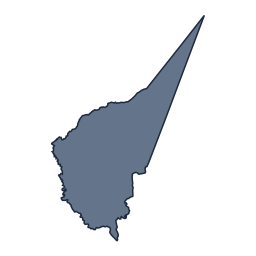 Mathira, Central, Kenya
{"feature_id": "3690345B12350857551286", "entity_name": "Mathira", "entity_type": "district", "adm_level": 2, "iso_a3": "KEN", "parent_name": "Kenya", "parent_adm1": "Central", "projection": "mercator", "projection_center": [37.111, -0.356], "detail": "fine", "context": "isolated", "style": "filled", "palette": "slate", "viewbox_px": 256, "rotation_deg": 0, "n_neighbors": 0, "source": "geoboundaries", "source_scale": "gbopen_adm2", "svg_char_len": 5814}
<svg xmlns="http://www.w3.org/2000/svg" viewBox="0 0 256 256"><path d="M52.2,151.7L52.8,152.1L53.1,153.2L53.6,153.4L53.7,154.1L54.3,154.4L54.4,155.0L54.1,155.5L54.4,156.3L55.2,155.9L55.5,156.4L54.9,156.8L56.3,157.2L56.4,157.8L56.0,158.2L56.1,158.7L56.5,158.4L56.9,158.5L57.8,159.5L58.1,160.1L57.4,160.9L57.8,161.1L57.4,161.5L58.0,162.2L58.3,163.1L58.1,163.7L58.3,164.3L58.7,164.5L59.2,164.3L60.4,164.4L60.3,165.1L60.0,165.9L60.8,166.3L61.3,166.5L61.8,166.9L61.1,168.2L61.3,168.6L61.2,169.3L61.6,170.0L62.2,170.7L62.2,171.2L62.4,172.2L62.5,172.8L62.5,173.4L62.4,174.0L61.9,173.6L61.0,173.5L60.6,174.0L60.3,174.6L59.9,175.0L59.4,175.1L59.0,174.8L58.7,175.2L59.1,175.6L59.1,176.1L59.3,176.5L60.2,177.6L60.8,179.1L61.9,179.5L62.2,179.7L62.5,180.2L62.6,180.8L62.2,181.1L61.7,181.1L61.9,181.5L63.1,183.0L63.2,183.5L63.1,184.9L62.6,185.3L63.2,185.7L63.7,185.7L64.5,186.9L64.4,187.4L63.6,188.1L63.0,188.3L62.4,188.6L62.1,189.4L62.1,189.9L62.5,190.3L63.2,190.7L63.9,190.7L64.5,190.6L64.8,190.2L65.0,189.5L65.3,189.1L65.8,189.2L66.0,190.0L66.0,190.6L65.4,190.7L64.8,191.3L64.5,191.8L64.1,192.1L63.5,192.9L63.2,193.3L63.1,193.7L62.8,194.2L62.9,194.7L63.3,195.0L64.1,194.5L64.5,194.7L64.6,195.3L64.2,195.8L64.0,196.8L61.3,197.8L61.3,198.5L62.1,199.9L62.5,200.3L62.9,200.4L64.0,200.3L64.6,200.4L65.3,200.4L66.7,199.8L67.8,200.0L67.0,201.7L67.3,202.1L67.8,202.6L68.8,202.8L69.7,203.6L70.0,204.0L70.2,204.5L70.8,204.8L71.1,205.2L71.1,205.8L71.2,206.6L71.5,207.1L72.7,209.5L73.8,210.7L74.4,211.9L75.0,212.0L75.5,211.6L75.9,211.5L76.4,211.6L78.7,212.9L79.1,213.3L80.2,213.4L80.6,213.6L81.1,214.6L81.3,215.1L80.8,215.4L80.6,216.0L80.2,216.4L80.2,217.0L80.8,217.3L81.5,217.3L82.3,217.4L82.7,218.4L82.8,219.8L83.0,220.2L83.5,220.2L83.9,220.4L84.3,220.7L84.3,221.2L84.1,222.2L84.1,222.8L84.3,223.5L84.9,224.1L85.3,224.3L86.2,224.2L87.5,224.1L88.3,224.2L88.5,225.0L88.7,225.4L88.0,226.8L88.1,227.4L88.9,227.6L89.8,227.6L90.5,228.4L91.0,228.8L92.1,228.5L92.5,228.5L92.9,228.8L93.9,229.6L95.2,229.6L95.5,229.3L95.7,228.8L95.9,228.3L96.3,227.8L96.9,227.6L97.4,228.0L99.1,227.8L99.9,227.5L100.5,227.4L101.4,226.7L103.1,226.3L105.2,226.8L107.1,226.2L107.8,226.7L108.2,227.0L109.5,227.2L110.2,228.5L110.4,229.2L110.4,230.0L110.2,230.8L109.8,231.8L109.8,232.3L110.0,232.8L110.8,234.0L111.2,234.8L113.2,236.9L114.2,237.8L116.4,240.3L116.9,240.6L117.3,240.6L117.6,239.4L117.4,238.6L117.5,237.1L118.0,236.5L118.2,235.4L118.2,234.4L117.2,231.7L116.5,230.5L116.4,230.0L116.2,229.1L116.3,228.6L116.8,228.1L117.1,227.6L117.2,227.0L117.1,226.4L116.7,225.3L115.8,220.7L116.1,220.2L116.7,219.8L117.1,219.3L117.9,218.0L118.2,217.8L118.4,218.3L119.6,219.0L120.8,218.9L120.7,218.4L120.8,217.9L121.1,217.5L121.1,216.9L121.4,216.5L122.6,217.6L123.6,218.1L124.3,218.4L125.1,218.5L125.7,218.3L126.1,217.8L126.3,216.4L125.6,216.5L125.0,216.8L124.7,216.5L124.9,216.0L125.6,215.0L126.7,214.8L127.6,214.3L128.1,214.0L128.9,213.2L129.0,212.1L129.6,210.8L129.2,210.2L128.9,209.6L128.6,208.6L128.6,207.6L128.1,207.2L127.7,206.7L126.7,206.3L125.8,205.4L125.9,204.9L126.5,204.5L126.9,204.0L126.3,203.1L126.0,202.8L125.4,203.1L124.9,203.1L124.7,202.6L124.7,202.0L124.9,201.3L126.1,199.9L126.9,199.2L127.1,198.8L127.6,198.5L128.6,198.5L129.2,198.0L131.0,196.8L132.6,196.5L132.9,196.1L132.9,195.0L132.8,193.9L132.8,192.8L132.7,192.0L132.7,190.9L132.7,189.7L133.1,188.0L133.0,187.1L132.4,185.7L132.4,185.3L132.4,184.8L132.7,183.6L132.7,182.9L132.4,180.8L132.2,177.5L132.1,176.4L132.4,175.4L132.2,174.5L132.6,173.9L133.0,173.5L134.5,172.8L135.1,172.6L135.9,172.4L137.2,172.8L137.6,173.1L138.3,173.9L138.8,174.2L144.1,173.2L145.1,172.9L145.6,171.7L145.3,171.2L145.4,170.8L145.1,170.0L145.1,169.5L145.3,169.0L145.2,168.6L145.0,168.2L145.2,167.7L145.5,167.5L145.9,167.1L146.0,166.6L146.5,166.6L147.0,166.5L147.2,165.9L148.3,163.6L160.4,132.0L166.3,116.6L184.9,66.9L204.3,15.4L181.6,44.4L146.4,88.8L145.3,88.9L144.3,89.1L142.9,89.7L142.4,90.1L141.4,90.3L140.7,91.1L139.6,91.7L138.7,92.5L138.1,92.7L137.4,92.9L136.1,94.6L135.7,94.9L135.1,95.8L134.4,96.4L133.8,97.1L133.2,97.5L132.0,98.8L129.0,101.0L128.6,101.5L127.4,101.8L126.8,101.8L124.1,102.5L122.8,102.6L121.6,102.3L120.8,102.4L119.8,102.8L119.0,103.0L117.9,102.8L117.0,103.2L116.4,103.0L115.9,102.5L115.5,102.2L115.0,102.5L114.7,102.9L114.1,102.9L113.7,102.7L112.8,102.6L111.3,102.2L110.2,102.8L108.3,103.2L107.8,103.7L107.8,105.1L107.5,105.6L107.2,106.0L106.6,106.3L106.2,106.7L105.8,107.0L105.3,107.2L104.5,107.3L103.0,106.9L102.6,107.3L102.1,107.3L101.2,107.1L100.8,107.5L100.1,107.6L99.8,108.0L99.5,109.1L98.8,109.3L98.2,109.6L97.7,110.0L96.2,110.1L95.2,109.9L94.6,109.9L94.0,110.1L93.7,110.6L92.7,111.0L92.4,111.6L91.7,111.8L91.3,112.5L90.5,113.0L89.9,113.4L89.6,114.0L89.1,114.5L88.1,114.5L87.9,114.9L87.4,114.8L87.0,114.6L86.0,114.8L84.5,115.1L84.0,115.4L82.6,115.6L81.9,116.2L81.7,116.7L80.9,117.6L80.6,118.1L80.3,118.3L80.1,118.8L79.2,120.0L79.4,120.6L79.0,120.9L78.9,121.3L78.4,122.1L78.4,122.6L78.1,123.0L77.8,123.6L77.7,124.3L77.7,125.5L77.0,126.5L76.6,126.8L76.4,127.2L76.2,127.8L75.4,128.6L74.8,128.9L74.1,129.1L73.5,129.4L72.9,129.3L72.3,129.4L71.7,130.5L70.9,131.5L70.2,131.5L69.6,131.4L69.2,131.7L68.9,132.6L68.0,133.2L67.6,134.1L67.8,135.1L67.8,135.7L67.4,135.9L66.8,135.9L66.2,136.1L66.2,136.8L65.8,137.2L65.5,138.0L64.9,138.8L64.3,138.8L63.9,138.7L63.6,139.1L63.1,139.3L62.9,139.6L62.3,139.9L61.7,139.5L61.4,138.9L61.4,138.1L61.1,137.4L60.6,137.4L60.0,137.4L59.6,137.0L58.6,137.5L58.2,138.0L57.9,138.5L57.5,139.1L57.1,138.8L56.7,139.1L56.8,139.5L56.5,139.9L55.9,140.0L55.8,140.7L55.4,140.7L54.8,141.0L54.3,141.7L53.7,142.0L53.2,142.1L52.8,142.7L52.4,143.0L52.2,143.4L51.8,143.3L51.7,143.9L52.1,144.2L52.6,144.6L53.3,144.9L53.7,145.3L54.4,145.7L53.8,146.7L53.3,147.3L53.0,147.9L53.6,148.6L53.4,149.2L53.5,149.6L53.6,150.5L53.2,151.2L52.2,151.7Z" fill="#64748b" stroke="#1e293b" stroke-width="1.5"/></svg>